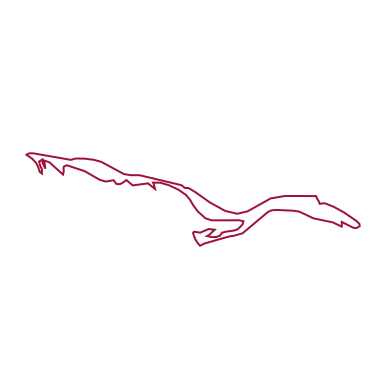 map outline of Long Island (Equal Earth projection), rotated 306°
{"feature_id": "BHS-5033", "entity_name": "Long Island", "entity_type": "District", "adm_level": 1, "iso_a3": "BHS", "parent_name": "The Bahamas", "parent_adm1": "", "projection": "equal_earth", "projection_center": [-75.131, 23.273], "detail": "fine", "context": "isolated", "style": "outline", "palette": "rose", "viewbox_px": 384, "rotation_deg": 306, "n_neighbors": 0, "source": "natural_earth", "source_scale": "10m", "svg_char_len": 1493}
<svg xmlns="http://www.w3.org/2000/svg" viewBox="0 0 384 384"><g transform="rotate(306 192 192)"><path d="M257.5,302.2L261.0,306.1L263.4,315.8L264.8,327.2L265.2,342.0L264.7,346.0L263.0,347.7L259.5,346.3L257.9,343.6L255.8,330.8L254.8,331.7L252.0,333.4L250.1,323.5L242.1,305.8L239.2,290.4L236.5,285.1L227.0,270.7L224.1,267.3L220.5,265.2L188.4,257.2L181.4,251.8L177.8,248.1L157.7,232.4L153.3,230.1L154.1,226.4L155.4,223.1L157.2,220.0L159.4,217.0L161.1,217.0L163.9,222.5L171.9,227.3L174.8,232.5L167.5,231.2L165.2,230.1L167.1,234.5L170.0,238.2L173.3,240.4L176.7,240.2L180.1,243.0L185.5,248.6L188.0,250.5L191.2,251.4L195.7,251.9L198.6,250.8L196.8,246.7L180.7,224.7L178.6,218.3L179.7,208.1L182.0,200.8L184.6,194.8L186.1,188.7L185.9,179.8L184.0,169.6L180.8,160.7L176.7,155.0L175.7,156.8L172.7,160.2L173.1,151.3L162.5,140.2L163.1,131.9L159.3,130.7L155.9,129.0L154.1,126.2L155.4,121.6L149.7,116.0L147.6,110.0L145.8,93.1L140.1,75.1L137.4,73.4L135.5,74.2L133.5,76.0L130.3,77.4L132.2,59.3L130.6,53.9L124.7,59.7L127.4,54.7L128.6,53.1L130.3,51.8L126.8,50.4L124.5,53.1L122.2,57.1L118.8,59.7L118.8,56.9L121.7,53.1L123.9,48.7L125.0,43.2L124.8,36.3L126.5,36.9L127.9,38.0L129.1,39.5L130.3,41.5L146.8,75.1L150.6,78.1L155.7,85.2L160.4,93.8L163.1,101.0L166.5,126.5L169.9,133.0L174.8,139.8L191.4,179.7L191.0,183.6L193.2,187.0L193.9,195.2L194.0,211.9L196.2,230.0L201.0,241.4L209.0,248.3L233.0,259.4L243.3,269.4L261.6,294.7L260.4,296.7L258.8,300.4L257.5,302.2Z" fill="none" stroke="#9f1239" stroke-width="2"/></g></svg>